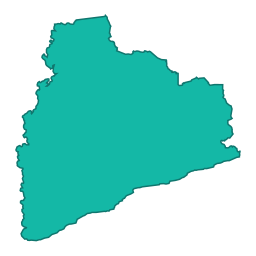 outline of San Pedro, Bas-Sassandra, Ivory Coast
{"feature_id": "98640826B43081365176028", "entity_name": "San Pedro", "entity_type": "district", "adm_level": 2, "iso_a3": "CIV", "parent_name": "Ivory Coast", "parent_adm1": "Bas-Sassandra", "projection": "mercator", "projection_center": [-6.916, 5.016], "detail": "fine", "context": "isolated", "style": "filled", "palette": "teal", "viewbox_px": 256, "rotation_deg": 0, "n_neighbors": 0, "source": "geoboundaries", "source_scale": "gbopen_adm2", "svg_char_len": 5580}
<svg xmlns="http://www.w3.org/2000/svg" viewBox="0 0 256 256"><path d="M54.6,24.2L54.8,25.6L54.3,26.2L53.9,28.3L54.1,29.2L55.4,30.8L52.0,30.5L51.4,31.0L51.8,35.0L50.7,36.4L51.2,37.9L52.4,38.2L54.0,39.4L53.5,41.1L52.6,41.2L51.0,40.2L50.5,40.3L50.0,40.8L49.7,41.3L50.0,41.9L52.2,42.9L52.0,43.6L49.9,44.5L49.6,45.4L49.8,46.2L49.0,47.4L47.2,48.0L46.5,49.5L46.5,52.5L47.8,54.6L47.1,57.2L46.3,56.4L45.3,56.1L44.6,55.4L44.7,54.8L44.3,54.2L43.8,54.1L42.4,55.6L42.0,56.9L42.0,57.5L42.9,58.7L44.7,60.0L45.4,61.1L45.9,64.3L46.6,65.5L50.4,68.3L50.6,69.0L53.0,67.8L52.7,65.9L53.2,65.3L54.2,65.0L53.4,67.6L53.1,71.5L54.3,73.4L55.3,73.8L56.4,73.7L54.8,75.0L54.4,75.9L53.4,75.9L52.9,76.4L52.0,76.6L51.3,77.4L51.1,78.3L52.2,80.5L51.8,81.4L50.0,81.8L49.4,84.3L47.2,86.1L46.6,86.1L48.0,84.9L48.1,83.9L47.9,83.3L46.5,83.0L46.6,82.5L47.5,82.3L48.3,80.8L49.0,80.2L48.8,79.0L47.9,78.9L45.3,79.4L43.6,81.0L42.3,81.2L40.8,82.4L40.2,82.6L39.3,81.6L37.9,82.6L37.2,84.6L37.4,85.9L39.0,86.2L39.3,86.6L39.6,89.6L39.2,90.1L38.4,89.7L37.7,90.0L36.2,92.2L36.0,93.7L36.8,94.8L37.4,95.1L37.9,96.5L37.6,98.3L38.5,100.3L38.1,103.0L37.2,104.9L36.0,106.3L35.9,108.7L33.7,109.8L33.0,110.8L33.4,111.5L31.6,113.8L31.3,113.4L31.6,111.8L30.7,110.8L30.0,110.8L28.4,111.3L26.8,113.2L24.9,114.2L24.0,115.3L23.1,115.6L22.5,116.3L22.5,117.3L23.4,118.0L23.8,120.1L24.5,120.6L24.4,121.9L25.0,123.2L24.8,123.8L24.2,124.0L23.6,125.7L23.6,127.3L24.5,129.2L26.1,129.8L26.2,130.6L25.9,132.4L24.8,133.2L24.2,134.4L23.4,134.7L23.1,135.4L24.1,137.4L24.6,137.7L25.5,137.0L26.5,137.3L27.6,139.1L27.2,139.6L26.9,140.4L27.0,141.7L27.5,142.7L28.8,143.8L28.7,144.8L26.5,144.8L25.0,143.7L24.2,143.7L22.7,144.2L22.2,146.4L21.7,146.7L21.0,146.6L19.9,145.6L19.4,145.6L17.1,146.9L16.0,149.8L16.2,150.7L17.1,151.5L18.2,151.8L17.9,152.7L18.2,154.7L18.8,155.2L18.5,155.7L17.7,156.1L17.5,156.7L17.7,157.9L19.2,160.5L17.8,161.1L17.4,161.7L17.0,162.9L17.4,164.7L17.2,165.2L17.5,165.9L20.0,167.7L22.9,168.3L23.0,169.1L21.9,170.6L22.6,172.8L22.5,174.4L23.5,176.1L22.4,178.6L23.6,182.0L23.6,182.9L23.3,183.4L22.0,183.1L21.2,184.2L21.1,184.9L22.6,187.8L21.7,187.9L20.7,188.4L20.2,190.5L20.6,191.1L22.5,191.3L23.3,192.3L24.0,196.3L25.0,197.9L23.9,199.4L23.6,200.4L21.5,200.6L20.6,201.2L20.5,202.8L22.4,204.4L23.0,205.3L23.1,205.7L22.7,206.9L23.3,208.5L22.0,209.4L22.0,211.3L24.2,214.7L23.3,215.8L24.0,218.6L22.8,219.6L22.7,220.5L21.7,222.2L21.8,224.1L22.2,225.4L23.8,226.7L26.4,227.6L26.3,227.9L24.1,228.8L23.2,229.7L21.1,233.7L21.8,236.1L24.7,239.1L26.7,238.9L27.7,240.2L29.4,240.4L31.1,240.1L36.3,240.6L39.3,239.7L40.6,239.7L44.5,238.1L48.6,237.3L51.9,234.5L57.0,232.8L59.4,230.4L61.4,230.0L63.9,228.8L65.1,226.6L66.6,225.3L69.3,224.1L71.4,224.0L75.9,223.0L77.2,219.3L83.0,216.0L84.7,215.4L87.2,213.5L90.6,213.0L91.9,212.4L96.0,212.4L104.4,211.3L105.7,211.5L107.2,210.9L109.1,211.0L109.9,209.8L113.8,209.1L113.9,208.2L114.4,207.7L114.8,205.9L116.7,204.2L118.4,203.6L119.2,201.7L122.4,200.7L122.2,199.7L124.0,198.3L124.5,198.3L125.8,196.3L126.8,195.5L130.9,193.9L133.4,192.4L132.8,190.1L133.3,189.3L134.2,188.6L138.0,187.7L140.0,187.6L142.4,186.8L159.3,184.7L159.8,183.8L163.7,183.6L166.0,184.0L169.0,183.4L169.9,181.2L175.3,180.4L179.6,179.3L182.3,177.6L183.7,177.3L187.0,174.8L187.3,173.3L191.1,171.3L193.4,170.8L194.9,170.0L195.9,170.3L198.0,169.8L203.3,169.3L204.5,168.5L206.6,168.6L213.0,167.1L213.6,166.9L214.1,165.1L217.0,163.5L220.5,163.0L222.8,162.0L223.4,161.4L227.9,160.6L229.1,160.7L236.8,157.3L239.4,156.9L239.4,155.9L239.8,155.0L239.5,153.8L240.0,151.4L239.9,151.2L238.6,151.9L238.0,151.8L237.2,150.9L236.8,148.5L236.2,148.3L234.7,146.7L233.3,146.2L232.7,146.3L232.3,146.9L231.8,146.1L231.2,145.9L230.1,146.3L229.1,147.4L227.9,147.9L225.4,147.7L225.2,146.3L224.1,144.5L221.9,143.7L220.8,142.2L220.8,141.2L221.4,140.5L222.4,140.9L222.9,140.5L224.6,140.9L225.1,139.8L225.4,140.0L226.5,139.4L228.0,137.8L229.8,138.0L233.0,134.0L232.5,133.7L232.5,132.9L231.9,131.9L232.2,131.4L232.0,130.1L232.2,129.8L231.7,127.6L230.8,126.4L228.2,124.5L227.7,122.8L227.9,122.0L227.8,120.5L231.0,119.2L232.1,118.4L231.2,117.3L230.8,115.9L232.0,109.0L231.0,105.9L229.6,105.4L226.7,103.1L225.1,99.0L223.7,98.2L223.0,97.4L223.1,96.9L223.7,96.1L223.8,95.2L222.9,93.1L223.3,92.0L223.0,91.1L223.5,90.3L222.6,89.4L222.7,84.7L214.6,84.6L210.0,85.3L208.1,83.1L208.4,82.6L204.1,77.9L199.4,78.3L198.6,78.9L196.4,77.3L196.0,78.0L191.7,79.9L191.0,81.1L184.8,82.6L184.4,83.2L183.4,82.9L183.0,83.7L182.5,83.8L182.5,84.9L182.0,85.3L179.3,85.5L178.2,84.8L178.1,85.0L178.1,73.4L177.0,73.1L176.4,73.5L176.3,72.7L175.8,72.8L175.6,72.1L175.1,71.9L173.8,71.9L173.4,72.3L171.9,72.3L171.8,71.8L172.1,71.2L170.4,70.6L168.9,69.1L168.0,68.7L167.6,67.1L166.7,66.2L166.7,62.9L166.4,62.3L166.5,61.7L166.0,61.3L166.5,60.8L166.3,60.0L161.4,59.6L157.5,57.9L150.5,51.8L149.4,51.3L147.6,52.0L146.8,51.4L145.6,51.2L145.0,50.8L144.6,50.9L143.9,52.1L142.6,52.3L140.2,51.9L139.0,51.3L136.9,51.0L135.1,51.5L133.8,51.4L133.5,51.1L132.8,52.0L133.1,52.9L132.8,53.4L131.1,54.5L128.2,54.0L125.6,54.3L116.7,50.8L117.2,49.5L117.0,49.1L117.3,47.9L116.9,47.8L116.5,47.1L115.6,47.0L114.4,44.3L114.5,43.5L114.3,42.7L113.2,41.9L113.4,41.7L112.8,41.4L110.6,41.3L109.2,40.0L108.5,38.5L108.7,38.1L109.5,37.8L109.8,37.1L111.0,36.6L110.3,35.2L110.0,33.7L109.4,33.1L110.3,27.3L110.8,26.2L109.8,24.7L109.1,22.6L107.3,19.1L107.1,17.2L105.4,15.4L105.2,16.1L104.3,16.5L76.2,20.0L75.9,20.7L75.3,20.9L75.0,21.6L74.1,22.5L73.8,23.8L73.1,24.3L70.3,24.1L68.8,23.1L67.8,23.0L66.7,23.4L66.0,24.3L65.1,24.7L63.3,24.2L61.3,23.0L60.9,23.0L60.5,23.9L58.0,23.6L57.0,24.0L54.6,24.2Z" fill="#14b8a6" stroke="#0f766e" stroke-width="1.5"/></svg>